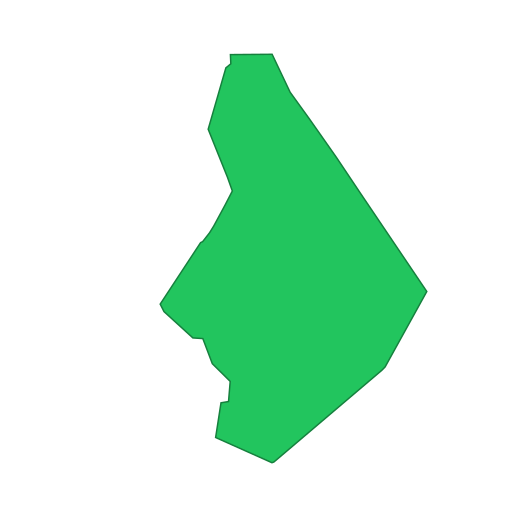 outline of Putnam, West Virginia, United States of America, rotated 149°
{"feature_id": "52423323B57227044271889", "entity_name": "Putnam", "entity_type": "district", "adm_level": 2, "iso_a3": "USA", "parent_name": "United States of America", "parent_adm1": "West Virginia", "projection": "albers", "projection_center": [-81.873, 38.475], "detail": "fine", "context": "isolated", "style": "filled", "palette": "green", "viewbox_px": 512, "rotation_deg": 149, "n_neighbors": 0, "source": "geoboundaries", "source_scale": "gbopen_adm2", "svg_char_len": 550}
<svg xmlns="http://www.w3.org/2000/svg" viewBox="0 0 512 512"><g transform="rotate(149 256 256)"><path d="M231.7,389.3L239.9,338.2L242.8,323.9L256.1,315.7L276.7,303.5L283.9,299.8L294.3,295.8L296.6,296.0L362.9,264.1L363.5,255.7L352.3,218.3L344.1,212.6L348.9,186.2L342.7,161.8L354.5,145.4L361.6,148.2L384.1,121.2L348.8,70.6L346.8,70.2L330.9,72.8L206.7,93.3L202.5,94.4L127.9,137.6L134.2,256.5L136.3,299.3L139.6,345.7L142.4,378.8L138.3,420.6L174.2,441.8L178.6,433.7L184.9,432.8L231.7,389.3Z" fill="#22c55e" stroke="#15803d" stroke-width="1.5"/></g></svg>